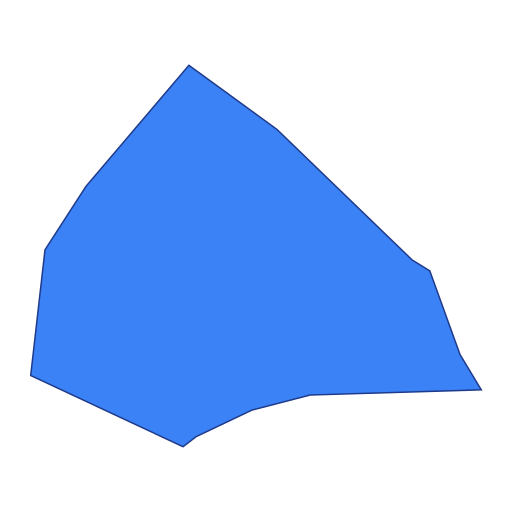 the Municipality of Žetale
{"feature_id": "SVN-231", "entity_name": "Žetale", "entity_type": "Municipality", "adm_level": 1, "iso_a3": "SVN", "parent_name": "Slovenia", "parent_adm1": "", "projection": "orthographic", "projection_center": [15.829, 46.285], "detail": "fine", "context": "isolated", "style": "filled", "palette": "blue", "viewbox_px": 512, "rotation_deg": 0, "n_neighbors": 0, "source": "natural_earth", "source_scale": "10m", "svg_char_len": 332}
<svg xmlns="http://www.w3.org/2000/svg" viewBox="0 0 512 512"><path d="M481.3,389.8L475.5,390.0L310.2,395.0L251.9,410.1L196.2,436.6L183.1,446.7L180.8,445.7L30.7,375.5L45.0,249.8L86.0,186.3L188.9,65.3L276.9,129.4L412.2,260.0L429.8,270.9L460.0,354.5L480.4,388.4L481.3,389.8Z" fill="#3b82f6" stroke="#1e3a8a" stroke-width="1.5"/></svg>